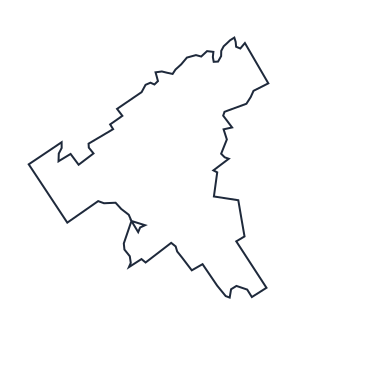 Três Arroios, Rio Grande do Sul, Brazil, rotated 58°
{"feature_id": "56859067B70132107464338", "entity_name": "Três Arroios", "entity_type": "district", "adm_level": 2, "iso_a3": "BRA", "parent_name": "Brazil", "parent_adm1": "Rio Grande do Sul", "projection": "mercator", "projection_center": [-52.186, -27.488], "detail": "fine", "context": "isolated", "style": "outline", "palette": "slate", "viewbox_px": 384, "rotation_deg": 58, "n_neighbors": 0, "source": "geoboundaries", "source_scale": "gbopen_adm2", "svg_char_len": 1295}
<svg xmlns="http://www.w3.org/2000/svg" viewBox="0 0 384 384"><g transform="rotate(58 192 192)"><path d="M80.6,181.8L81.8,211.5L90.5,210.7L91.3,225.6L96.9,225.6L96.2,254.1L99.7,256.0L107.1,255.1L108.8,273.7L95.4,274.8L95.2,288.9L88.8,284.6L85.6,279.2L80.7,276.2L81.6,302.8L82.0,315.8L105.0,315.2L151.9,314.0L150.0,276.4L154.9,272.6L160.6,262.5L168.9,261.0L177.8,257.7L184.5,258.7L199.5,277.1L205.0,279.8L213.5,278.8L219.7,281.5L222.3,285.3L222.1,270.4L227.2,268.7L224.1,236.6L229.5,234.7L234.6,236.1L242.2,235.2L258.3,233.7L258.8,221.3L284.7,220.3L298.1,218.6L301.5,216.0L295.2,210.4L295.2,204.1L304.0,196.9L312.8,196.9L312.7,179.6L257.3,180.6L257.5,171.0L242.0,164.7L223.5,157.1L207.4,175.8L188.7,160.2L185.0,162.4L183.3,143.2L179.9,145.9L175.0,147.0L165.9,134.6L155.6,132.0L158.5,123.8L143.8,125.1L141.2,121.9L146.0,99.1L142.6,91.9L138.8,86.2L140.3,69.7L93.7,68.2L95.9,75.0L92.2,77.6L87.8,75.4L83.5,74.3L83.5,79.3L84.4,83.6L85.2,87.9L87.8,92.4L92.2,95.3L95.2,100.8L93.1,104.6L88.6,102.8L84.5,99.6L80.5,104.6L82.0,112.4L78.0,116.1L75.3,125.1L78.0,133.4L79.4,141.1L81.6,145.9L77.6,150.0L73.8,153.7L71.2,159.5L75.3,160.7L79.9,162.1L80.9,166.9L77.3,169.3L76.5,174.6L80.6,181.8ZM184.5,258.7L195.3,249.4L194.6,254.8L197.5,258.9L184.5,258.7Z" fill="none" stroke="#1e293b" stroke-width="2"/></g></svg>